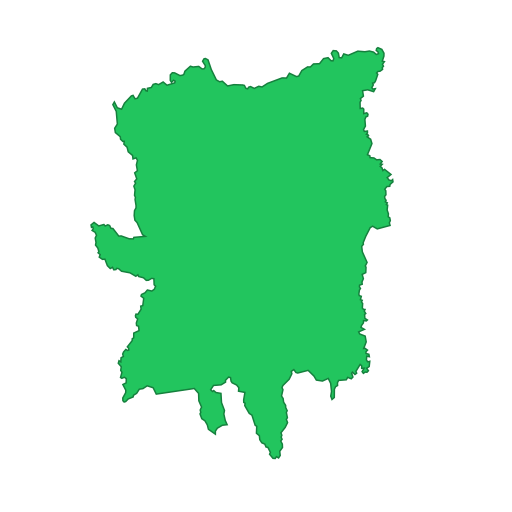 Encruzilhada do Sul, Rio Grande do Sul, Brazil (orthographic projection), rotated 171°
{"feature_id": "56859067B74487303198442", "entity_name": "Encruzilhada do Sul", "entity_type": "district", "adm_level": 2, "iso_a3": "BRA", "parent_name": "Brazil", "parent_adm1": "Rio Grande do Sul", "projection": "orthographic", "projection_center": [-52.659, -30.587], "detail": "fine", "context": "isolated", "style": "filled", "palette": "green", "viewbox_px": 512, "rotation_deg": 171, "n_neighbors": 0, "source": "geoboundaries", "source_scale": "gbopen_adm2", "svg_char_len": 6116}
<svg xmlns="http://www.w3.org/2000/svg" viewBox="0 0 512 512"><g transform="rotate(171 256 256)"><path d="M414.1,312.5L414.0,310.0L412.7,310.3L412.5,308.4L413.9,306.9L411.2,304.6L410.3,301.4L412.0,298.9L411.9,294.4L412.8,291.9L411.0,288.6L410.5,284.9L411.5,283.9L409.7,281.8L411.0,279.4L408.2,276.7L405.7,276.5L404.3,269.7L401.9,266.4L399.5,267.3L398.6,264.6L396.5,264.5L395.5,265.6L393.7,265.0L391.2,262.0L383.1,259.1L377.9,254.8L375.6,255.9L375.1,254.1L370.5,252.1L368.2,249.1L366.0,248.9L362.7,250.2L360.4,249.6L361.1,243.5L359.9,241.9L361.7,239.0L364.4,237.7L368.6,239.4L371.4,237.0L375.1,235.9L375.9,234.4L373.5,231.8L375.6,224.7L377.7,224.5L377.8,221.4L381.8,216.9L383.6,217.4L384.4,215.9L384.4,214.3L382.7,212.4L384.7,208.5L384.8,206.0L383.0,205.0L383.2,200.6L388.8,199.0L389.6,194.3L391.2,193.6L391.5,191.8L397.3,186.4L396.2,184.9L396.4,183.0L397.7,182.8L399.2,184.1L401.9,181.8L403.0,180.0L402.7,177.5L405.2,176.6L406.1,172.6L407.7,174.0L408.8,171.6L406.4,167.7L407.5,164.2L406.6,162.1L408.8,157.2L407.7,156.2L405.0,156.8L403.3,155.2L404.1,151.0L407.6,149.9L405.6,143.8L406.1,141.4L409.8,136.6L410.1,133.9L409.1,132.4L407.5,132.6L404.6,134.8L399.4,136.0L398.7,137.7L395.4,139.0L392.1,142.7L388.4,142.7L383.8,144.8L378.2,142.0L376.1,135.2L337.7,134.8L334.2,129.3L335.1,121.9L333.4,115.3L335.2,112.6L335.0,110.2L336.0,108.8L335.0,103.8L332.2,101.2L330.5,96.8L330.1,92.3L324.0,86.4L323.5,89.4L321.1,92.0L315.7,94.1L310.9,93.9L312.1,98.4L312.5,105.0L311.3,108.3L313.0,116.6L312.1,125.8L316.9,127.4L318.8,129.7L320.1,129.0L321.7,131.0L318.2,134.8L310.6,134.2L305.8,136.2L305.6,138.0L302.0,140.7L300.2,139.9L300.2,136.3L299.4,134.5L295.3,131.6L293.6,128.6L294.4,125.2L288.3,123.0L290.7,115.8L291.0,113.3L289.8,112.3L290.5,110.0L287.3,101.6L284.9,99.4L283.3,88.9L281.9,87.7L283.3,80.9L280.8,78.0L281.0,74.0L279.5,70.6L276.7,68.8L276.0,65.8L274.2,65.1L272.5,59.8L273.6,58.1L270.9,53.5L268.7,53.0L267.2,54.6L265.3,53.0L263.3,55.2L263.1,59.4L259.8,62.7L259.4,66.1L260.5,69.4L258.9,70.9L259.5,73.2L258.5,74.9L259.0,77.5L254.0,82.1L250.9,86.5L251.6,90.0L250.3,91.3L250.5,96.8L249.4,98.3L250.4,101.7L250.1,103.8L251.6,107.3L251.5,111.0L252.7,113.7L250.3,119.7L250.9,121.9L249.8,123.8L242.5,129.1L239.0,134.1L239.2,136.5L236.4,137.9L234.8,134.7L233.1,133.9L222.4,134.9L217.5,128.3L215.8,124.0L209.9,122.1L203.8,123.8L202.2,118.6L202.6,110.4L204.1,105.9L203.4,102.4L200.8,104.0L199.4,112.2L197.8,114.5L195.7,115.3L195.4,118.0L193.9,120.2L186.2,119.6L184.4,121.8L181.1,119.8L179.2,121.3L179.9,125.2L178.9,126.2L176.8,123.5L174.9,124.5L175.4,126.4L170.1,132.6L168.8,131.0L169.2,128.5L166.7,128.3L169.3,125.2L168.3,123.3L166.3,124.3L164.6,123.8L162.9,125.1L164.3,127.8L161.5,129.1L160.1,134.2L162.2,134.0L163.2,136.1L162.3,139.7L159.8,138.8L159.9,141.3L162.6,142.5L162.4,144.2L160.6,145.6L162.8,147.8L164.1,147.8L160.6,153.9L160.7,159.8L165.8,162.8L166.5,165.0L160.4,166.6L163.5,169.1L162.5,171.0L160.4,173.1L159.9,175.4L157.2,174.6L156.0,175.4L158.2,177.4L157.9,181.3L156.6,182.0L157.7,184.6L156.7,186.1L158.2,186.5L159.1,188.0L158.1,192.4L159.0,194.1L158.0,195.6L159.7,196.5L158.3,199.7L160.2,200.7L160.4,202.3L159.2,206.1L157.9,207.6L158.7,209.3L158.3,211.0L155.5,211.5L155.4,213.8L153.5,216.8L154.0,221.2L150.2,222.4L149.1,227.7L149.6,229.1L147.3,232.3L150.3,243.4L150.1,249.0L148.1,250.7L148.1,252.3L144.5,258.3L138.8,266.1L136.2,267.2L132.0,263.8L118.8,265.2L119.1,268.0L117.8,269.9L117.9,272.8L119.3,274.1L118.6,276.9L119.3,280.9L118.0,285.6L119.2,286.4L118.0,288.0L119.8,289.3L118.8,290.7L119.8,292.8L119.6,294.8L118.1,296.1L117.6,300.1L118.4,301.8L115.9,304.1L113.0,303.9L112.4,305.7L109.1,307.8L109.1,310.1L110.5,309.2L112.7,310.2L114.2,312.9L109.9,315.4L115.5,321.5L117.3,320.5L117.8,323.4L119.3,325.1L117.0,326.8L118.9,327.5L116.6,329.6L118.5,331.9L121.8,332.1L124.2,334.4L127.9,335.3L127.9,337.2L130.1,338.6L123.9,348.9L124.5,353.4L127.6,356.3L126.0,357.2L126.6,358.5L127.9,358.9L126.6,360.4L126.4,362.0L129.5,362.1L130.0,364.1L127.6,367.2L127.1,373.8L125.7,376.2L123.9,376.6L123.2,378.5L124.2,380.1L127.3,379.8L126.6,384.2L127.5,385.4L130.0,385.4L129.2,391.6L127.9,393.2L128.3,395.1L124.9,397.1L124.9,402.6L119.7,402.7L114.1,399.9L112.0,402.6L114.4,402.6L115.3,404.1L113.4,406.6L113.8,408.5L111.9,408.6L110.5,410.3L107.3,416.4L108.3,417.9L106.7,419.2L104.6,419.1L101.8,420.5L101.8,422.4L100.4,423.5L101.1,425.6L98.8,427.9L100.8,428.7L98.4,433.4L97.9,436.3L99.4,440.4L103.0,442.7L104.4,442.0L105.1,440.2L103.6,438.6L103.3,436.7L105.6,436.2L108.0,439.0L111.9,440.7L116.5,440.7L123.4,442.4L133.5,439.8L137.7,441.9L140.4,438.3L142.8,438.9L142.9,443.5L144.5,446.0L147.6,446.8L149.9,444.4L148.3,438.9L149.4,436.7L151.3,437.1L153.8,440.6L158.4,440.4L163.2,436.0L169.2,436.7L172.7,434.2L175.5,434.7L181.7,432.0L185.7,427.0L188.0,426.9L194.4,431.3L198.0,427.0L202.4,427.8L217.6,424.7L223.6,422.0L226.7,423.2L231.5,421.8L234.9,424.2L236.8,423.9L238.1,422.4L239.8,423.2L240.8,426.3L242.4,427.0L251.1,428.7L257.5,428.4L261.9,433.9L264.7,433.8L267.6,436.1L271.0,447.2L272.7,457.2L275.1,459.0L276.5,458.9L278.3,456.7L276.3,452.0L276.6,450.3L278.1,449.0L280.0,449.2L282.9,452.2L288.6,452.5L291.1,453.7L297.3,449.7L298.7,446.9L300.1,446.1L302.9,446.1L307.7,449.6L310.0,450.1L312.3,448.3L313.2,442.9L312.3,440.8L309.9,442.5L308.5,441.3L309.2,439.7L317.2,438.6L320.5,442.4L325.4,440.5L328.0,441.9L330.7,441.6L333.0,438.8L337.0,438.6L337.6,435.9L339.0,436.5L339.7,438.5L342.0,438.6L348.4,430.4L350.9,430.2L352.3,433.9L354.1,433.6L362.0,427.5L365.8,422.0L369.8,424.1L371.8,430.3L373.7,427.9L371.4,420.7L372.3,408.0L375.6,404.3L375.6,399.9L371.4,395.1L371.5,392.5L369.6,390.0L368.2,389.9L369.0,387.1L366.3,383.6L365.9,378.9L362.2,374.6L362.3,371.1L359.1,371.7L358.1,369.0L359.9,364.7L359.8,358.8L362.8,357.1L361.7,350.8L364.3,348.6L363.5,346.8L365.7,344.1L365.1,340.3L366.5,334.9L365.9,332.9L366.6,330.7L366.6,324.6L367.0,322.3L368.9,319.8L370.0,315.0L370.0,310.3L368.2,307.6L364.7,294.8L362.3,292.7L373.7,293.5L374.5,292.1L378.5,292.8L386.0,296.9L388.4,297.1L393.0,305.5L395.0,306.1L395.8,309.0L397.5,310.0L400.3,309.2L401.3,310.9L406.6,310.3L410.7,314.5L414.1,312.5Z" fill="#22c55e" stroke="#15803d" stroke-width="1.5"/></g></svg>